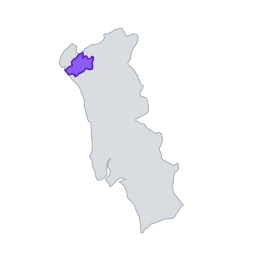 Braga highlighted on a map of Portugal, rotated 333°
{"feature_id": "PRT-749", "entity_name": "Braga", "entity_type": "District", "adm_level": 1, "iso_a3": "PRT", "parent_name": "Portugal", "parent_adm1": "", "projection": "natural_earth1", "projection_center": [-8.294, 41.571], "detail": "fine", "context": "in_parent", "style": "filled", "palette": "violet", "viewbox_px": 256, "rotation_deg": 333, "n_neighbors": 0, "source": "natural_earth", "source_scale": "10m", "svg_char_len": 4183}
<svg xmlns="http://www.w3.org/2000/svg" viewBox="0 0 256 256"><g transform="rotate(333 128 128)"><path d="M99.4,35.2L102.3,32.5L105.2,30.8L106.8,30.2L113.4,28.4L115.2,27.5L116.8,27.7L117.1,28.5L118.1,30.2L119.1,31.3L119.4,32.2L116.8,35.7L116.5,36.9L117.8,39.2L118.1,39.9L118.7,40.2L120.5,40.1L123.7,38.7L125.9,37.4L126.6,37.9L132.9,37.2L134.4,37.8L135.4,38.4L138.5,39.3L141.9,39.4L146.1,38.2L147.9,37.0L148.3,35.6L148.3,34.6L148.9,34.0L149.8,33.6L151.3,34.3L153.5,34.8L158.6,35.0L159.6,34.3L161.3,34.5L163.6,35.4L166.2,35.1L167.6,36.3L168.1,37.8L168.3,41.1L168.1,44.4L168.6,45.6L170.4,46.0L173.3,45.9L175.9,46.8L177.9,48.4L178.6,50.0L178.9,51.1L177.9,51.8L176.6,54.1L173.0,57.2L168.0,60.0L164.2,63.5L161.5,67.7L158.2,69.5L157.2,70.4L156.8,71.5L159.0,76.7L159.7,80.6L160.3,85.4L159.9,86.8L159.8,92.1L159.3,93.7L159.4,94.9L160.2,96.3L160.6,97.6L159.1,99.2L156.3,101.2L154.3,102.8L153.7,104.4L153.9,105.4L157.4,108.8L158.0,110.1L157.5,113.5L155.6,118.9L153.7,122.2L153.3,122.5L151.1,123.5L140.6,123.5L138.1,124.2L138.4,124.9L140.9,129.2L143.5,131.4L144.3,131.9L145.3,136.9L149.5,144.9L153.6,146.0L155.0,148.0L154.7,150.7L153.5,153.8L151.0,157.0L148.1,159.2L146.1,161.4L146.0,163.9L145.4,167.2L144.5,169.7L144.2,171.5L151.7,182.3L155.9,181.8L156.4,182.0L155.7,184.6L154.4,187.6L152.8,188.2L149.3,189.2L145.9,193.1L143.2,197.8L141.1,200.1L139.3,205.7L139.5,208.1L140.4,211.9L142.4,221.6L139.6,222.1L128.9,228.5L125.5,228.5L119.3,225.7L108.3,224.8L104.7,223.9L100.2,225.8L96.8,225.7L94.0,228.1L92.1,227.4L94.3,222.2L97.9,211.8L97.8,205.4L98.6,199.9L97.7,194.4L95.9,191.0L98.3,182.2L98.1,177.6L95.9,171.9L102.6,172.7L100.5,170.5L98.5,169.1L96.5,169.4L94.8,169.3L89.1,171.5L86.2,172.2L85.4,171.8L85.7,168.3L84.3,163.6L86.6,162.4L89.2,162.1L91.5,160.1L92.9,157.9L92.1,154.0L94.1,150.2L98.7,147.1L96.3,147.6L93.6,149.5L89.3,156.7L87.9,160.3L84.2,161.4L80.9,162.0L79.3,161.6L77.3,160.7L77.1,158.1L77.3,155.9L78.6,151.7L79.2,145.8L81.1,140.4L81.0,139.0L80.5,136.9L82.2,134.8L84.3,133.5L87.6,128.9L92.1,118.0L97.3,106.5L96.9,105.1L95.8,104.0L96.3,100.9L99.4,87.3L100.7,85.5L102.2,81.6L102.5,75.2L103.1,70.7L103.0,68.5L102.5,65.9L100.5,60.8L98.5,50.0L98.3,46.4L100.0,44.6L97.2,44.4L95.9,42.1L96.2,39.4L99.4,35.2Z" fill="#d9dde1" stroke="#a8b0b8" stroke-width="1"/><path d="M117.9,40.2L117.9,40.3L120.5,40.4L121.9,40.1L122.0,40.1L122.0,40.3L121.9,40.6L121.7,40.8L121.6,41.1L121.4,42.2L121.1,42.7L120.8,43.5L120.6,43.9L120.5,44.1L119.8,44.9L120.2,44.9L120.6,44.8L120.8,44.7L121.0,44.7L121.3,44.7L121.5,44.8L121.8,44.7L122.4,44.5L122.6,44.5L122.8,44.6L123.6,45.1L123.8,45.4L123.7,45.9L123.6,46.3L123.5,48.0L124.1,48.3L124.5,48.4L124.8,48.5L125.1,48.6L126.3,48.9L126.7,48.9L127.6,48.6L128.2,47.9L128.5,48.1L128.7,48.3L129.2,49.2L129.2,49.6L127.9,51.4L127.6,51.8L127.0,52.0L126.9,52.1L126.7,52.6L126.4,52.9L126.1,52.8L125.8,52.9L125.5,53.3L125.3,54.2L125.4,54.5L125.3,55.0L124.8,55.7L124.7,56.0L124.4,56.3L124.5,56.5L124.5,56.8L124.2,57.4L124.1,57.8L124.0,58.0L123.9,58.2L123.8,58.3L123.6,58.4L123.4,58.6L123.3,58.8L123.1,58.9L122.9,59.1L122.7,59.2L122.3,59.2L122.0,58.9L121.3,58.6L121.0,58.7L120.0,58.2L118.9,57.5L118.9,57.1L118.8,56.9L118.2,56.2L116.6,55.7L116.2,56.4L115.6,56.8L114.6,57.2L114.4,57.3L113.7,57.6L113.4,57.6L113.0,57.3L112.8,57.2L111.5,57.4L110.5,57.6L109.8,57.5L109.6,57.3L109.3,57.2L108.9,57.2L108.4,57.3L107.8,57.7L107.6,57.8L107.3,58.1L107.1,58.1L106.9,58.2L105.1,58.2L104.8,58.2L104.7,58.3L104.5,58.1L104.3,57.9L104.2,57.3L104.1,57.0L104.4,56.7L104.7,56.7L104.8,56.6L104.9,56.4L104.8,56.1L104.5,55.8L104.2,55.8L103.7,55.5L103.2,55.0L103.0,54.8L102.7,54.6L102.4,54.4L101.7,54.4L100.9,54.1L100.1,53.7L99.4,53.6L99.0,52.7L99.0,51.9L98.8,51.4L98.8,50.7L98.4,49.5L98.2,48.7L98.0,48.0L98.0,47.8L98.8,47.9L99.1,47.9L101.3,47.1L102.9,47.0L103.2,46.9L103.4,46.8L103.5,46.6L103.9,46.7L104.9,47.0L105.5,47.1L105.8,47.3L106.1,47.3L106.3,47.3L106.9,46.4L106.7,46.0L106.8,45.8L106.9,45.5L107.2,45.3L107.3,45.0L107.4,44.7L107.4,44.1L107.5,43.8L107.6,43.5L107.8,43.3L108.0,43.2L108.3,43.1L108.5,43.2L108.8,43.2L109.3,43.0L109.8,42.5L110.1,42.4L110.5,42.2L111.0,42.1L113.7,42.0L114.4,41.7L117.4,40.2L117.7,40.2L117.9,40.2L117.9,40.2Z" fill="#8b5cf6" stroke="#5b21b6" stroke-width="1.5"/></g></svg>